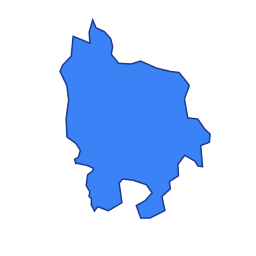 the district of Dangara, Ferghana, Uzbekistan, rotated 290°
{"feature_id": "79887680B26065504827015", "entity_name": "Dangara", "entity_type": "district", "adm_level": 2, "iso_a3": "UZB", "parent_name": "Uzbekistan", "parent_adm1": "Ferghana", "projection": "orthographic", "projection_center": [70.818, 40.63], "detail": "fine", "context": "isolated", "style": "filled", "palette": "blue", "viewbox_px": 256, "rotation_deg": 290, "n_neighbors": 0, "source": "geoboundaries", "source_scale": "gbopen_adm2", "svg_char_len": 966}
<svg xmlns="http://www.w3.org/2000/svg" viewBox="0 0 256 256"><g transform="rotate(290 128 128)"><path d="M150.3,207.3L153.4,200.2L160.3,190.4L157.9,180.7L174.8,171.0L187.9,171.2L189.6,170.2L197.6,157.0L195.6,148.4L194.0,134.5L195.2,116.9L189.3,109.2L185.6,97.1L191.5,87.1L199.3,85.7L206.1,81.0L210.5,72.8L211.2,63.7L217.5,57.9L204.8,58.7L194.7,63.2L195.4,45.1L176.1,50.1L164.9,45.2L158.0,44.7L146.9,56.1L133.8,62.7L115.7,66.6L100.2,73.1L98.7,73.7L95.6,84.4L90.7,90.9L83.4,91.3L80.3,88.5L76.8,91.1L77.3,91.6L78.8,102.0L78.4,109.4L74.8,109.1L70.3,106.0L59.6,108.4L55.1,113.9L50.5,114.7L48.9,117.9L43.2,119.8L38.5,124.9L43.7,126.5L43.5,137.7L55.7,147.8L73.1,138.6L78.2,140.3L80.7,150.9L81.0,164.7L75.3,172.8L65.3,168.8L58.0,162.3L47.7,170.8L51.0,179.5L63.1,190.9L75.2,183.3L85.2,188.6L91.8,185.2L100.4,191.7L111.0,187.3L121.8,190.7L119.7,202.4L116.2,206.7L117.1,211.3L136.4,202.3L142.4,209.3L150.3,207.3Z" fill="#3b82f6" stroke="#1e3a8a" stroke-width="1.5"/></g></svg>